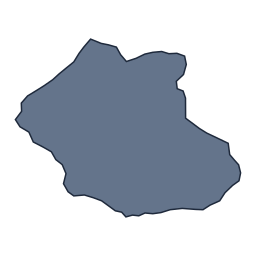 São Lourenço, Minas Gerais, Brazil (Albers equal-area conic projection)
{"feature_id": "56859067B27474085083589", "entity_name": "São Lourenço", "entity_type": "district", "adm_level": 2, "iso_a3": "BRA", "parent_name": "Brazil", "parent_adm1": "Minas Gerais", "projection": "albers", "projection_center": [-45.035, -22.115], "detail": "fine", "context": "isolated", "style": "filled", "palette": "slate", "viewbox_px": 256, "rotation_deg": 0, "n_neighbors": 0, "source": "geoboundaries", "source_scale": "gbopen_adm2", "svg_char_len": 941}
<svg xmlns="http://www.w3.org/2000/svg" viewBox="0 0 256 256"><path d="M68.1,191.8L73.8,195.9L84.4,195.0L93.3,197.7L101.6,200.8L110.0,206.9L115.3,210.8L121.7,212.2L125.9,216.9L132.5,215.1L138.8,215.8L145.0,213.0L152.8,213.7L160.9,212.6L170.2,209.7L182.2,208.4L195.4,209.4L203.0,209.7L210.1,205.1L219.7,200.8L225.0,192.7L232.6,185.4L239.0,180.8L240.6,172.9L238.6,164.8L234.3,160.0L229.7,154.6L228.2,143.3L206.8,133.1L199.4,128.5L185.6,118.2L185.5,98.1L183.1,91.0L177.2,88.7L176.3,81.3L183.5,74.5L186.3,64.5L184.6,56.1L176.9,53.3L168.9,53.7L161.7,51.5L152.8,52.3L144.8,54.1L136.1,58.3L126.4,61.5L120.6,54.7L116.4,47.1L108.3,44.8L101.2,43.4L90.6,39.1L83.7,47.2L79.1,53.3L73.8,61.9L66.4,67.9L59.2,73.8L52.6,79.8L43.8,85.9L36.8,90.3L27.6,95.9L21.3,103.1L21.6,111.3L15.4,119.6L20.0,126.8L28.9,132.1L33.3,142.0L42.6,146.8L51.4,151.8L55.8,159.6L62.2,164.6L66.0,173.6L63.5,183.7L68.1,191.8Z" fill="#64748b" stroke="#1e293b" stroke-width="1.5"/></svg>